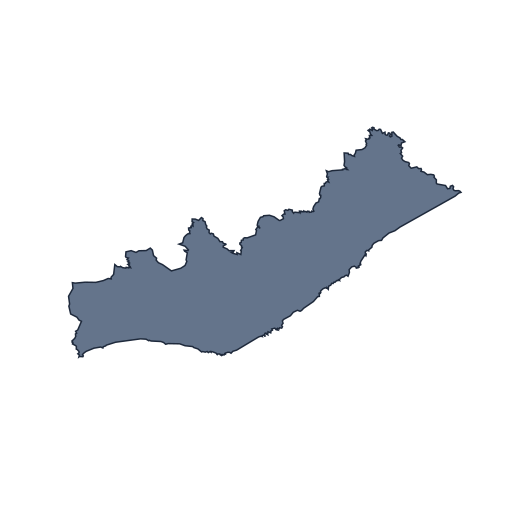 outline of Aquila, Michoacán, Mexico, rotated 300°
{"feature_id": "50627088B41221510425691", "entity_name": "Aquila", "entity_type": "district", "adm_level": 2, "iso_a3": "MEX", "parent_name": "Mexico", "parent_adm1": "Michoacán", "projection": "equal_earth", "projection_center": [-103.31, 18.385], "detail": "fine", "context": "isolated", "style": "filled", "palette": "slate", "viewbox_px": 512, "rotation_deg": 300, "n_neighbors": 0, "source": "geoboundaries", "source_scale": "gbopen_adm2", "svg_char_len": 6144}
<svg xmlns="http://www.w3.org/2000/svg" viewBox="0 0 512 512"><g transform="rotate(300 256 256)"><path d="M415.1,369.3L414.1,366.5L412.1,363.7L412.7,359.5L411.8,356.5L413.4,356.2L414.3,355.2L413.0,353.1L413.6,350.7L409.6,346.5L410.6,343.1L412.7,342.7L413.3,341.5L412.3,337.9L412.4,335.3L413.5,333.1L415.8,333.1L416.9,329.7L418.3,330.4L419.9,328.7L422.9,329.0L423.1,327.7L422.0,325.7L423.0,323.8L423.7,324.1L424.1,326.4L426.6,325.5L429.4,327.8L430.1,324.5L429.3,323.2L430.3,321.7L430.2,318.5L432.0,312.9L431.0,311.8L427.6,313.8L426.3,312.8L426.6,311.6L428.4,311.8L429.3,310.4L428.8,309.1L426.5,309.4L425.8,308.5L425.9,307.1L427.7,305.8L425.4,304.2L427.9,300.6L427.4,299.3L425.8,299.0L424.9,297.8L424.9,294.9L426.1,294.0L425.7,292.5L424.8,292.1L424.0,293.6L422.8,293.9L422.8,291.2L421.6,291.5L421.5,290.5L420.8,290.2L420.3,292.8L419.0,293.9L418.3,295.9L417.0,293.9L415.3,295.6L414.4,294.8L414.0,295.3L413.1,294.5L412.4,292.3L411.6,293.5L410.3,293.3L408.7,295.6L407.7,295.6L407.2,296.4L404.2,296.3L401.2,294.6L397.7,289.8L394.6,290.7L392.6,290.5L391.5,291.5L390.9,288.8L391.2,287.1L390.2,285.4L391.1,284.4L389.3,280.8L381.9,285.6L378.5,286.9L377.6,289.0L377.8,290.3L376.9,290.7L376.6,292.0L376.2,291.2L376.4,289.7L374.3,287.6L373.9,288.0L368.0,279.3L365.3,276.7L365.0,274.3L362.8,276.8L360.0,277.5L359.6,278.2L360.1,278.9L359.6,278.8L358.7,280.5L357.8,279.8L356.4,281.9L356.3,280.8L355.0,279.7L353.7,279.8L352.9,278.8L350.9,280.1L349.4,278.3L348.1,277.9L341.7,279.8L340.6,281.1L340.9,281.8L339.1,282.7L337.8,282.8L337.4,282.1L334.2,283.2L331.8,281.4L327.6,281.2L325.1,281.8L323.7,283.7L322.9,283.2L322.7,281.8L321.7,282.0L320.4,280.3L321.2,279.6L320.5,278.1L319.4,278.2L319.3,276.6L318.7,276.1L319.0,274.8L317.7,274.7L317.4,272.6L316.3,272.8L316.8,272.3L316.6,271.2L315.2,271.9L313.5,268.0L312.7,267.1L311.9,267.2L312.5,265.3L313.9,264.5L312.9,261.1L311.4,260.8L310.9,258.6L309.3,257.8L306.8,260.1L306.1,259.0L303.9,258.3L303.4,260.0L302.0,261.1L298.8,259.1L298.4,258.3L299.0,252.1L298.0,247.3L294.7,242.5L293.5,242.4L291.7,240.5L287.1,240.5L283.3,241.6L282.6,242.5L283.3,243.6L282.3,244.4L282.1,245.9L282.3,243.7L281.8,242.9L278.8,242.6L278.3,243.7L274.1,245.1L267.3,239.3L266.2,237.1L264.8,236.2L263.5,236.9L262.3,235.5L260.3,236.4L259.2,235.5L258.1,236.2L257.7,238.4L256.5,238.9L256.6,239.8L253.0,240.0L253.0,240.8L249.7,242.1L249.3,237.8L247.9,238.9L246.7,234.3L246.8,232.9L248.0,234.3L249.7,234.3L247.1,229.9L247.7,227.5L247.2,223.2L248.4,222.6L250.9,224.2L251.3,223.8L250.6,221.4L251.6,219.8L250.4,217.6L252.2,214.1L252.2,209.7L253.8,208.0L253.3,205.8L252.3,205.4L252.7,203.7L255.1,202.5L255.0,200.1L256.3,198.5L257.4,198.4L258.1,196.7L260.3,194.7L260.1,192.3L261.9,191.4L262.0,189.5L258.1,188.5L257.6,185.0L256.1,182.2L253.7,183.5L253.8,185.2L251.7,184.7L251.7,185.6L250.4,186.5L250.4,185.5L249.2,184.7L248.2,185.7L246.5,183.6L244.8,184.8L244.7,186.1L243.2,186.6L242.4,187.6L241.0,185.8L238.3,184.8L236.0,184.4L230.8,185.9L227.8,183.4L229.0,189.7L227.5,194.4L226.7,194.4L225.1,190.8L224.5,191.8L224.4,194.9L217.7,197.4L216.7,198.8L212.3,199.3L207.8,197.0L200.8,190.2L201.8,179.4L201.4,174.8L202.5,171.6L204.4,171.0L205.1,167.1L209.3,163.3L210.0,160.5L205.8,158.2L202.0,152.0L199.1,150.3L198.2,145.2L194.6,141.3L190.3,143.3L189.8,144.3L190.4,146.5L188.3,146.1L188.4,148.1L187.8,148.5L186.9,147.9L186.7,150.0L184.7,149.2L185.0,150.7L183.8,150.8L184.0,152.2L183.2,153.2L183.0,151.9L182.1,151.8L181.3,149.2L180.4,149.3L179.2,146.3L179.3,143.8L178.6,143.6L177.4,141.2L178.0,138.0L168.9,141.9L165.1,141.1L163.8,142.1L162.6,139.2L158.4,136.1L153.1,130.5L147.8,121.0L142.1,113.0L141.1,110.3L136.4,113.7L127.4,113.8L121.2,118.6L119.0,119.0L113.1,124.5L113.5,131.5L112.0,134.8L112.2,137.5L102.7,138.6L100.6,137.4L99.5,139.3L98.2,138.6L96.2,140.1L94.0,140.2L90.3,139.1L89.9,140.1L89.2,140.1L89.1,141.1L88.1,141.1L88.2,144.8L87.8,145.7L85.5,146.9L85.6,148.1L84.7,150.6L84.0,151.1L82.2,150.6L82.0,152.5L80.0,153.1L80.7,153.4L82.2,156.4L83.1,156.4L84.0,155.0L86.2,155.6L88.5,156.6L95.2,161.8L99.5,167.0L99.8,169.4L101.1,169.1L103.0,170.8L103.9,170.9L111.1,177.5L126.5,197.4L129.0,202.4L129.0,205.5L129.7,205.9L129.9,207.6L134.4,216.4L134.9,219.2L134.4,221.9L136.2,223.7L141.8,233.8L142.8,239.4L145.9,246.4L145.6,247.9L146.5,252.1L145.7,256.9L146.6,257.6L147.4,260.2L148.9,261.4L148.5,263.0L150.2,263.9L150.2,265.2L150.8,264.8L151.4,266.5L151.9,269.8L151.7,271.0L151.4,271.3L151.3,271.6L151.2,271.6L151.2,271.8L152.0,271.9L153.0,273.5L152.8,274.4L152.0,274.5L153.0,274.9L152.6,275.8L153.7,276.0L153.5,276.8L154.2,277.0L154.5,277.9L155.7,277.7L155.8,278.6L156.7,278.1L158.5,279.7L159.4,281.4L159.3,283.0L161.9,283.6L164.8,286.3L187.3,298.8L189.0,300.4L189.4,301.8L189.9,301.2L191.1,301.9L191.5,303.0L191.0,303.6L191.3,303.9L192.1,302.7L193.5,302.4L194.1,303.0L193.6,303.9L193.7,305.5L194.6,304.5L194.9,305.0L196.4,304.3L196.8,307.2L198.7,306.4L199.9,307.3L200.7,306.1L202.9,308.4L202.2,310.2L202.7,311.7L203.1,310.3L204.2,310.8L204.2,312.4L205.6,312.3L206.4,314.3L208.0,314.3L208.6,313.0L209.6,312.8L211.2,313.1L213.0,311.3L214.9,311.6L221.5,315.7L225.9,316.4L229.7,319.0L230.2,321.8L231.6,322.7L234.6,323.4L245.3,328.5L251.6,329.7L252.7,331.1L254.7,329.8L255.5,330.2L255.5,329.4L256.9,330.3L258.0,329.4L261.1,330.4L263.1,331.8L263.4,333.4L264.0,333.2L263.3,335.2L266.2,334.0L268.1,335.3L270.2,335.2L270.7,336.5L272.4,336.6L272.7,337.5L275.1,338.2L275.6,339.3L276.6,339.2L276.6,340.6L277.2,340.0L280.2,340.8L281.9,342.6L283.6,343.1L284.7,344.1L284.5,345.8L288.5,345.1L290.7,343.5L294.4,344.3L296.4,346.3L296.3,348.6L295.7,349.0L296.9,350.3L298.0,349.8L298.1,350.6L298.9,349.9L300.8,351.1L301.3,350.8L301.2,350.0L303.9,349.4L311.2,349.8L311.1,350.8L311.6,350.4L312.0,350.9L313.0,350.2L313.2,349.1L314.5,348.6L316.4,349.3L316.8,351.1L317.7,350.6L321.5,352.0L323.3,351.3L325.9,351.7L330.6,354.5L332.3,356.9L335.1,356.9L342.4,359.7L347.4,363.7L353.0,366.2L407.4,398.5L411.8,400.1L413.6,401.7L414.1,400.2L413.9,398.7L412.1,395.9L411.9,394.5L412.7,393.0L414.8,392.5L415.4,390.9L413.6,389.4L411.5,390.1L410.0,388.3L411.8,384.9L408.9,376.8L409.3,375.7L412.2,374.1L413.2,370.8L414.4,370.5L415.1,369.3Z" fill="#64748b" stroke="#1e293b" stroke-width="1.5"/></g></svg>